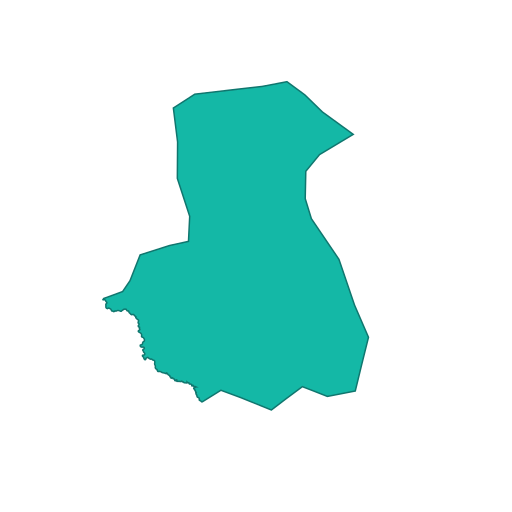 Erdenemandal, Arhangay, Mongolia, rotated 232°
{"feature_id": "93677404B38518016494864", "entity_name": "Erdenemandal", "entity_type": "district", "adm_level": 2, "iso_a3": "MNG", "parent_name": "Mongolia", "parent_adm1": "Arhangay", "projection": "robinson", "projection_center": [101.387, 48.374], "detail": "fine", "context": "isolated", "style": "filled", "palette": "teal", "viewbox_px": 512, "rotation_deg": 232, "n_neighbors": 0, "source": "geoboundaries", "source_scale": "gbopen_adm2", "svg_char_len": 5846}
<svg xmlns="http://www.w3.org/2000/svg" viewBox="0 0 512 512"><g transform="rotate(232 256 256)"><path d="M421.2,307.4L423.5,282.0L394.1,264.4L365.6,241.8L328.1,228.2L309.1,211.8L317.5,194.3L328.2,165.4L314.1,141.5L310.1,129.0L316.3,109.8L315.8,108.5L315.5,108.6L315.4,108.8L315.3,109.4L315.0,109.7L314.6,109.8L314.0,110.0L313.4,110.0L312.8,109.8L312.2,109.8L311.6,109.9L311.0,109.7L310.7,109.4L310.7,109.1L310.7,108.7L310.5,108.3L310.3,107.9L309.9,107.5L309.3,107.2L308.9,106.8L308.3,106.4L307.9,106.1L307.5,106.0L306.8,106.1L306.0,106.5L305.9,107.0L305.8,107.7L305.6,107.8L305.3,108.1L304.9,108.3L304.2,108.6L303.6,108.8L303.2,108.8L302.3,108.6L302.0,108.6L301.7,108.5L301.3,108.6L300.9,109.0L300.6,109.3L300.3,109.4L299.9,109.5L299.7,109.7L299.6,109.9L299.5,110.3L299.6,110.7L299.5,111.2L299.4,111.3L299.1,111.5L298.8,111.6L298.7,111.9L298.6,112.3L298.5,112.8L298.3,113.3L297.5,114.3L296.9,114.7L295.8,115.3L295.4,115.8L295.4,116.0L295.5,116.5L295.5,117.4L295.4,117.6L295.4,117.9L295.4,118.4L295.4,119.0L295.2,119.5L294.8,120.0L294.3,120.6L294.1,120.8L293.9,120.9L293.4,120.8L292.8,120.7L292.3,120.7L291.9,120.8L291.7,121.0L291.6,121.4L291.2,121.7L290.8,121.7L290.2,121.4L289.5,121.2L287.8,121.5L287.1,121.5L286.8,121.7L286.5,121.7L286.2,122.0L286.0,122.5L285.6,123.2L285.2,123.5L284.5,123.6L284.0,123.5L283.2,123.7L282.7,123.8L282.2,124.0L281.6,123.4L281.3,123.3L280.9,123.3L280.4,123.4L279.8,123.4L279.3,123.5L278.9,123.6L278.6,123.7L278.3,123.8L278.1,123.9L277.7,123.8L277.1,123.5L276.8,122.9L276.3,122.4L276.1,122.1L275.9,121.9L275.7,121.9L274.9,122.1L274.7,122.0L274.4,121.9L274.2,121.8L273.9,121.4L273.8,121.0L273.7,120.5L273.4,120.2L273.0,119.9L272.6,119.8L272.3,119.9L272.0,120.1L271.8,120.3L271.7,120.4L271.3,120.2L270.7,119.5L270.4,119.5L270.0,119.4L269.6,119.3L269.4,119.0L269.4,118.8L269.4,118.3L269.6,117.6L269.4,117.2L269.2,116.9L268.8,116.8L268.4,116.8L266.4,117.6L265.7,117.7L264.9,117.6L264.4,117.4L264.0,117.1L263.6,116.8L263.3,116.4L262.9,116.2L262.6,116.2L262.2,116.3L261.3,116.9L260.5,117.0L259.9,116.9L259.2,116.8L258.7,116.5L258.0,116.0L257.8,115.5L257.7,115.1L257.8,114.6L257.8,114.0L257.3,113.1L257.0,112.8L256.5,112.1L256.5,111.8L256.5,111.4L256.9,110.5L257.0,109.9L256.7,109.6L256.2,109.3L255.7,109.3L255.2,109.4L254.6,109.8L254.3,110.2L253.6,111.1L253.2,111.4L252.8,111.5L252.3,111.4L252.0,111.2L251.8,110.7L251.8,110.2L251.8,109.9L251.9,109.4L251.8,109.1L251.5,108.8L251.3,108.7L250.4,108.7L249.6,108.3L249.4,108.3L248.7,108.4L248.3,108.4L247.9,108.4L247.5,108.2L247.0,107.8L246.9,107.6L246.9,107.2L247.0,106.8L247.1,106.4L247.3,106.1L247.5,105.9L247.6,105.6L247.6,105.4L247.4,105.2L247.2,105.0L246.8,104.9L246.0,105.0L245.4,105.0L244.8,104.9L244.5,104.7L244.1,104.5L243.7,104.5L243.3,104.5L242.9,104.5L242.6,104.7L242.4,105.0L242.4,105.4L242.7,105.6L243.0,105.9L243.2,106.1L243.0,106.9L242.9,107.9L242.8,108.2L242.5,108.4L242.1,108.5L241.0,108.7L240.3,109.0L239.9,109.2L239.5,109.5L239.3,110.0L239.0,110.3L238.0,110.5L237.6,110.6L236.7,111.3L236.2,111.5L235.7,111.5L235.3,111.3L234.6,110.9L234.2,110.5L233.7,109.9L232.9,109.4L231.9,109.2L231.4,109.0L231.0,108.8L230.6,108.4L230.2,108.0L229.8,107.8L229.4,107.7L229.1,107.6L228.7,107.7L227.9,108.0L227.6,108.1L227.3,108.1L227.1,108.0L226.8,107.8L226.6,107.7L226.3,107.7L225.5,107.6L225.3,107.7L225.1,107.9L224.8,108.3L224.7,108.5L224.5,108.9L224.3,109.0L224.0,109.2L223.8,109.4L223.5,109.7L223.0,109.9L222.1,110.2L221.5,110.6L221.2,110.9L220.7,111.3L220.0,111.9L218.6,112.7L218.4,112.9L218.4,113.1L218.5,113.2L218.9,113.3L219.0,113.4L219.0,113.5L218.9,113.6L218.6,113.7L218.2,113.8L217.2,113.7L216.8,113.7L216.5,113.7L216.2,113.9L215.9,113.9L215.5,114.1L215.2,114.2L214.9,114.3L214.6,114.3L213.9,113.9L213.7,113.9L213.5,114.0L213.1,114.2L212.9,114.2L212.5,114.0L212.3,113.9L212.0,113.9L211.9,114.0L211.7,114.3L211.6,114.5L211.6,114.9L211.4,115.2L211.3,115.3L210.7,115.2L210.4,115.1L210.2,115.2L210.0,115.3L209.6,115.7L209.4,115.8L209.2,115.8L208.9,115.8L208.0,115.4L207.7,115.4L207.4,115.5L207.2,115.9L207.2,116.2L207.5,116.9L207.4,117.1L207.2,117.3L206.6,117.0L206.5,116.9L206.3,116.6L206.0,116.5L205.9,116.5L205.6,116.8L205.3,117.4L204.8,117.8L204.5,118.3L204.2,118.7L203.7,118.9L203.6,119.1L203.3,120.1L203.2,120.3L203.0,120.5L202.5,120.4L202.2,120.4L202.0,120.6L202.0,120.9L201.8,121.1L201.6,121.2L200.8,121.2L200.5,121.3L200.2,121.6L199.9,121.8L199.6,122.1L199.2,122.7L198.9,123.0L198.5,123.3L198.5,123.5L198.8,123.9L199.1,124.1L198.4,124.2L198.1,124.3L197.9,124.4L197.8,124.6L197.7,124.9L197.5,125.0L197.2,125.1L196.6,124.7L196.3,124.7L196.0,124.8L195.7,125.1L195.6,125.4L195.4,125.6L194.7,126.0L194.4,126.1L194.1,126.1L193.8,125.8L193.5,125.6L193.2,125.5L192.9,125.6L192.7,126.0L192.9,126.6L192.8,126.8L192.1,126.7L191.7,126.7L191.4,126.8L191.1,127.1L190.7,127.6L190.5,127.8L190.2,127.9L189.8,128.1L190.0,127.8L190.3,127.7L190.5,127.6L190.5,127.3L190.3,127.2L190.7,127.0L190.8,126.9L190.8,126.7L190.7,126.5L190.3,126.3L190.3,126.2L190.3,125.8L190.1,125.5L189.9,125.3L189.6,125.3L189.4,125.4L189.3,125.5L188.3,125.2L188.2,125.2L188.1,125.3L187.9,125.4L187.5,125.4L187.4,125.2L187.1,125.1L186.8,125.0L185.9,124.9L185.5,124.9L185.3,124.9L185.3,124.6L185.3,124.3L185.2,124.2L184.7,124.2L184.0,123.9L183.8,123.7L183.6,123.6L183.4,123.7L183.2,123.8L182.7,123.7L182.1,123.2L181.9,123.2L181.5,123.1L181.2,123.0L180.9,122.9L180.6,123.0L180.2,123.3L179.2,123.6L178.9,123.6L178.7,123.6L177.6,122.7L177.4,122.6L177.2,122.6L176.9,122.7L176.8,123.0L176.2,123.0L175.7,123.2L175.3,123.3L175.0,123.3L174.5,123.4L174.2,123.8L174.1,124.3L171.8,145.7L153.8,156.8L125.2,173.3L125.0,191.7L124.5,212.1L114.3,218.2L101.4,225.8L88.5,251.1L104.4,271.2L122.7,294.6L156.6,303.4L202.3,319.3L251.3,322.6L270.9,330.1L292.1,347.4L296.8,368.5L292.0,407.5L328.6,397.0L352.8,393.7L374.3,387.7L385.8,365.3L398.1,345.3L421.2,307.4Z" fill="#14b8a6" stroke="#0f766e" stroke-width="1.5"/></g></svg>